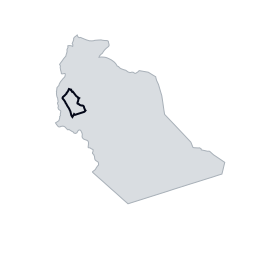 location of Bahr-Azoum, Salamat, Chad, rotated 132°
{"feature_id": "50815135B73615292321578", "entity_name": "Bahr-Azoum", "entity_type": "district", "adm_level": 2, "iso_a3": "TCD", "parent_name": "Chad", "parent_adm1": "Salamat", "projection": "natural_earth1", "projection_center": [20.375, 10.976], "detail": "fine", "context": "in_parent", "style": "outline", "palette": "ink", "viewbox_px": 256, "rotation_deg": 132, "n_neighbors": 0, "source": "geoboundaries", "source_scale": "gbopen_adm2", "svg_char_len": 5000}
<svg xmlns="http://www.w3.org/2000/svg" viewBox="0 0 256 256"><g transform="rotate(132 128 128)"><path d="M184.3,77.3L184.4,82.9L184.4,88.5L184.4,94.1L184.5,99.8L184.5,105.4L184.5,111.0L184.6,116.6L184.6,122.3L184.6,124.1L184.5,124.9L184.4,125.0L184.2,125.1L181.6,124.6L180.5,124.5L179.0,124.9L176.7,125.2L175.2,125.1L174.2,126.1L173.3,127.2L173.7,130.0L173.7,130.9L173.3,131.9L172.6,132.7L172.0,133.4L171.5,134.0L171.0,135.2L170.6,135.8L170.7,136.6L170.6,137.4L170.1,137.9L169.1,138.2L168.4,138.6L167.8,139.2L167.4,139.6L167.6,140.2L167.9,141.0L168.1,142.2L168.2,143.0L168.7,143.6L169.0,144.0L169.1,144.5L168.8,144.9L167.5,145.8L167.0,146.2L166.4,146.6L166.2,146.8L165.2,147.7L164.7,148.4L164.5,149.1L164.5,149.9L165.0,151.2L165.5,152.4L165.8,153.2L165.9,154.1L165.8,155.0L165.6,155.7L165.1,156.4L163.3,157.7L162.4,159.1L161.7,160.8L161.5,161.8L161.7,162.4L162.1,162.9L162.6,163.2L163.4,163.3L164.7,163.0L165.9,162.8L167.2,163.4L167.9,164.8L167.6,165.9L168.1,167.8L168.5,170.1L168.5,170.9L168.7,171.1L169.5,171.3L169.7,171.8L169.4,175.9L169.8,177.0L170.3,177.8L170.9,178.2L171.5,178.8L171.9,179.1L172.6,179.2L173.4,180.0L173.6,180.9L173.5,181.9L173.1,183.9L172.7,185.3L172.2,185.2L171.3,184.9L170.2,184.6L168.8,184.3L167.4,184.9L166.0,185.6L165.5,186.2L165.1,186.5L164.5,186.4L163.9,186.5L163.6,187.0L163.0,187.6L161.0,188.8L160.5,189.2L160.3,189.6L160.3,190.1L160.5,191.1L160.5,192.3L160.0,193.2L159.5,193.9L158.9,194.1L158.3,194.3L158.0,194.7L156.9,196.9L156.4,197.3L155.5,197.2L152.7,200.5L152.5,201.4L151.5,202.8L150.2,204.3L149.0,205.1L149.0,205.4L148.7,205.7L148.0,206.0L145.5,207.8L142.6,207.8L141.3,208.5L140.1,208.8L138.2,209.2L137.7,209.1L135.3,209.3L132.6,209.2L131.5,209.5L130.5,210.2L129.8,210.8L129.7,211.0L129.8,211.3L129.8,211.5L131.7,213.0L132.2,213.8L131.7,214.5L131.4,214.6L131.1,215.2L130.0,216.9L128.3,219.0L127.4,219.5L127.0,219.9L126.6,221.3L126.3,221.4L125.1,221.6L122.8,221.8L119.5,222.2L117.6,222.3L116.4,222.2L114.7,223.1L114.1,223.4L113.7,223.5L112.0,224.4L110.6,225.8L110.1,226.0L108.1,226.6L107.4,227.6L107.0,227.7L105.7,226.4L104.9,225.2L104.5,224.1L104.4,223.7L104.2,223.8L103.5,224.3L102.9,224.9L102.6,226.0L100.6,226.7L98.8,227.4L98.0,228.2L96.8,228.6L95.3,228.4L94.1,228.1L92.9,228.0L93.4,227.0L93.7,226.2L93.7,225.3L93.6,224.7L92.9,224.4L92.5,223.9L91.5,221.0L90.4,218.0L89.0,215.0L87.4,213.1L86.2,212.0L85.9,211.8L85.3,211.5L84.8,211.1L82.7,209.1L80.5,206.9L80.0,205.9L78.9,204.3L77.7,202.8L77.0,202.0L76.7,200.7L77.6,199.6L78.5,198.1L79.6,197.1L81.1,197.1L83.4,197.5L86.0,197.6L88.6,197.3L89.2,197.1L89.9,197.1L91.3,197.4L93.6,197.4L94.9,196.8L93.5,195.8L92.1,194.1L90.8,192.4L90.0,190.8L89.3,188.7L88.6,186.2L88.2,182.9L88.3,181.0L88.5,179.7L89.2,177.5L88.7,176.2L88.8,175.2L88.8,173.7L88.6,172.9L87.6,170.3L87.5,170.1L86.6,168.3L86.3,165.4L85.4,163.5L83.9,162.5L83.1,161.4L82.8,159.4L82.2,158.9L79.9,158.2L77.9,158.1L76.5,155.9L74.7,153.0L73.0,150.3L72.0,144.8L71.4,141.7L72.1,140.8L73.5,138.6L75.3,134.4L79.4,127.8L81.4,124.5L85.5,119.5L90.6,113.4L93.4,109.9L93.9,103.6L94.4,96.9L94.8,91.9L95.3,85.9L95.7,80.9L96.0,77.3L96.4,72.1L96.8,71.1L98.8,67.1L98.9,66.5L98.6,65.9L95.8,62.4L94.9,61.6L94.5,59.9L95.2,58.9L91.9,53.1L91.1,52.4L90.7,51.7L90.7,50.6L90.7,46.6L89.8,40.4L88.8,33.1L92.7,31.0L95.6,29.4L99.4,27.4L102.9,29.5L108.0,32.4L113.0,35.4L118.1,38.4L123.2,41.4L128.2,44.4L133.3,47.4L138.4,50.4L143.5,53.4L148.6,56.3L153.7,59.3L158.8,62.3L163.9,65.3L169.0,68.3L174.1,71.3L179.2,74.3L184.3,77.3Z" fill="#d9dde1" stroke="#a8b0b8" stroke-width="1"/><path d="M138.6,189.5L137.9,193.2L138.5,193.5L138.4,194.2L138.0,194.9L138.1,195.7L137.6,196.0L138.1,196.9L138.5,198.0L138.9,197.9L139.4,197.7L139.9,197.5L140.5,197.3L141.1,197.2L141.7,197.1L142.3,197.1L142.7,197.2L143.0,197.0L143.3,196.8L143.8,196.7L144.2,196.8L144.6,196.8L144.9,196.8L145.4,196.8L146.0,196.8L146.3,196.8L146.9,196.9L147.4,197.0L147.7,197.0L148.5,197.1L149.0,197.0L149.5,196.7L149.8,196.4L149.9,195.7L150.0,194.8L150.1,194.2L150.2,193.7L150.4,193.0L150.5,192.6L150.6,192.2L150.9,191.6L151.1,191.2L151.2,190.9L151.3,190.3L151.5,189.7L151.6,189.3L151.8,188.9L152.0,188.4L152.2,187.7L152.4,187.1L152.5,186.7L152.7,185.7L153.0,184.9L153.2,184.3L153.4,183.9L153.6,183.4L153.9,182.8L154.1,182.2L154.2,181.9L154.4,181.6L154.9,181.0L155.1,180.6L155.4,180.2L155.7,179.8L156.0,179.3L156.3,178.9L156.6,178.4L156.7,178.0L156.8,177.6L156.9,177.1L157.0,176.7L154.4,177.2L153.7,177.4L153.7,176.2L153.2,175.9L152.1,175.3L148.7,173.3L145.6,171.5L145.1,171.3L144.7,171.3L144.4,171.2L143.4,171.3L143.4,171.7L143.3,172.1L143.0,172.7L142.7,173.3L142.5,173.8L142.2,174.3L141.7,175.0L141.5,175.6L141.5,176.1L141.6,176.6L142.0,177.2L142.5,177.7L142.8,178.4L143.0,178.9L143.2,179.4L143.2,179.8L143.1,180.2L143.2,180.7L143.5,181.4L143.6,181.9L143.4,182.2L143.1,182.4L142.8,182.6L142.4,182.8L142.0,182.8L141.5,183.1L141.1,183.3L140.5,183.7L140.2,183.8L139.7,184.1L139.3,184.3L138.9,184.3L138.5,184.3L138.7,185.0L139.0,185.4L138.7,185.9L138.9,187.9L138.6,189.5Z" fill="none" stroke="#020617" stroke-width="2"/></g></svg>